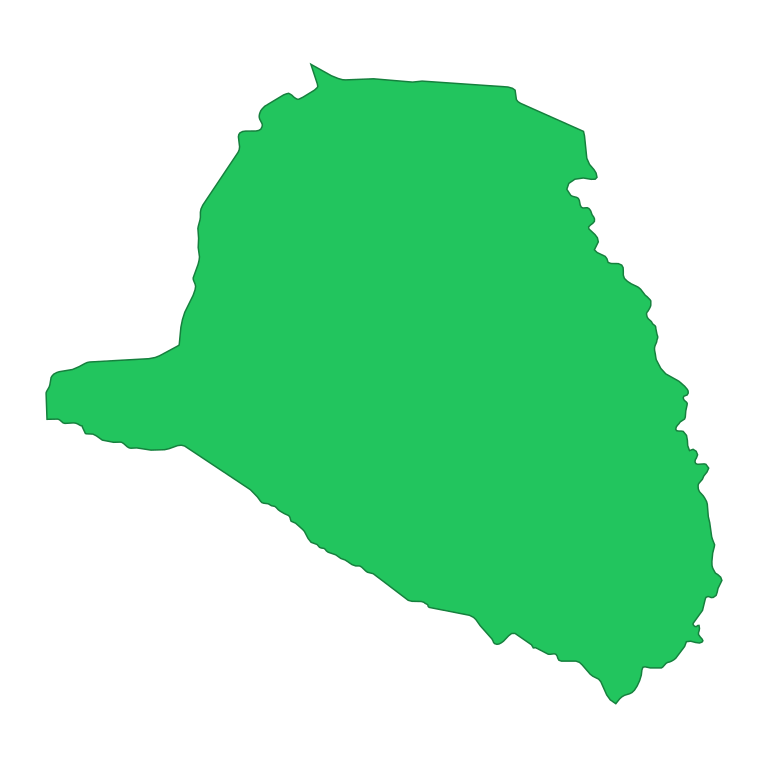 the border of Presidente Hayes
{"feature_id": "PRY-605", "entity_name": "Presidente Hayes", "entity_type": "Department", "adm_level": 1, "iso_a3": "PRY", "parent_name": "Paraguay", "parent_adm1": "", "projection": "mercator", "projection_center": [-58.464, -23.686], "detail": "fine", "context": "isolated", "style": "filled", "palette": "green", "viewbox_px": 768, "rotation_deg": 0, "n_neighbors": 0, "source": "natural_earth", "source_scale": "10m", "svg_char_len": 5054}
<svg xmlns="http://www.w3.org/2000/svg" viewBox="0 0 768 768"><path d="M64.9,423.4L63.1,422.9L59.4,419.7L57.7,419.1L47.0,419.3L46.1,393.7L46.2,392.4L46.8,391.1L49.2,386.9L49.9,384.6L51.1,377.5L52.2,375.8L53.8,374.1L56.8,372.5L59.3,371.7L72.5,369.5L79.0,366.7L84.7,363.6L87.2,362.5L89.7,362.0L148.8,358.7L155.2,357.5L159.5,355.8L177.7,346.0L179.1,345.0L179.2,344.9L180.9,327.2L182.5,319.4L184.8,312.2L193.1,295.4L195.1,289.7L195.6,286.3L195.1,284.1L193.6,280.5L193.2,279.1L193.2,277.8L198.1,264.3L199.1,260.2L199.5,256.9L198.2,247.5L198.6,238.4L197.9,228.4L198.3,226.2L200.0,219.9L200.4,217.3L200.4,212.2L201.0,209.0L202.8,205.1L238.1,152.3L239.2,149.8L239.6,146.8L239.5,146.0L238.4,136.8L238.8,134.6L239.9,132.9L242.6,131.5L245.5,131.1L256.0,131.0L258.8,130.4L260.8,129.2L262.1,126.6L262.3,125.1L262.1,123.8L259.7,119.1L259.3,117.6L259.2,116.1L259.5,114.1L259.9,112.9L260.8,110.7L262.4,108.6L264.8,106.2L283.6,94.9L286.2,93.9L288.6,93.3L290.5,94.3L292.0,95.3L293.7,97.0L295.1,98.0L296.6,98.9L297.8,99.3L298.8,99.2L303.1,97.1L314.5,90.1L317.2,87.6L317.8,86.5L317.3,83.8L310.9,64.3L331.3,75.7L338.2,78.5L342.5,79.7L345.5,79.9L373.6,78.8L412.6,82.1L422.1,81.1L507.9,87.0L512.5,88.3L515.1,90.2L516.4,99.6L517.9,101.6L520.5,103.3L583.5,131.4L584.5,135.9L586.8,158.3L589.5,164.4L594.1,169.8L596.1,173.1L597.0,177.3L595.2,179.2L591.2,179.3L583.3,178.0L574.9,179.2L568.8,183.4L566.8,189.3L570.8,195.4L572.5,196.3L576.7,197.4L578.3,198.4L579.3,200.3L580.2,205.0L581.3,207.2L583.0,208.0L587.2,207.7L588.9,208.5L590.2,210.1L590.8,211.1L592.0,214.6L593.8,217.2L594.5,219.0L594.4,221.4L592.8,223.3L590.4,225.1L588.6,226.9L588.9,228.9L595.0,234.6L597.4,237.8L598.3,241.9L594.4,249.8L597.1,252.5L605.2,256.4L606.9,258.7L608.1,262.4L611.0,263.5L618.3,263.6L621.7,265.1L623.1,267.6L623.3,270.9L623.3,275.1L624.4,278.4L627.4,281.3L631.0,283.7L637.9,287.0L639.1,287.9L640.7,289.3L645.2,295.2L647.1,296.7L650.1,299.8L650.8,300.9L650.8,305.2L650.5,306.4L649.5,308.5L648.0,311.1L646.9,312.4L646.5,313.8L647.0,316.6L648.1,318.6L651.4,321.6L652.6,323.8L655.1,325.8L655.7,326.9L655.8,328.4L657.0,334.4L657.7,336.4L657.7,337.9L657.0,339.8L656.6,342.1L655.0,345.8L654.5,348.0L654.6,350.4L655.4,354.6L655.7,356.8L656.2,359.6L660.8,368.4L665.8,373.9L679.0,381.3L684.6,386.2L687.3,389.4L688.1,391.0L688.2,393.1L687.1,395.0L683.9,396.2L683.2,397.8L683.8,399.7L685.2,401.1L686.5,402.2L687.2,403.3L687.1,404.9L685.8,410.8L685.3,417.0L684.6,419.0L680.4,421.8L679.7,422.5L679.1,423.5L677.7,425.0L676.3,426.9L675.7,429.3L676.7,430.7L678.9,431.1L681.4,431.1L683.2,431.4L686.5,435.4L687.4,440.4L687.7,445.6L689.5,450.6L693.1,449.3L696.2,451.3L697.6,454.8L696.4,458.0L695.3,459.8L695.0,461.9L695.8,463.6L697.6,464.3L704.2,463.9L705.9,464.3L708.7,468.1L707.0,472.0L703.8,476.0L702.4,479.3L699.1,483.1L698.4,484.2L698.2,485.0L698.1,486.2L698.3,488.8L698.9,490.5L699.7,492.0L703.2,495.8L704.6,497.9L706.6,501.6L707.3,504.2L708.3,516.6L709.7,522.6L711.7,536.8L712.6,539.7L714.6,544.8L714.3,546.7L712.7,553.1L711.9,561.4L712.0,565.4L712.7,568.1L714.0,570.6L715.4,573.1L717.8,574.6L720.7,577.2L721.9,580.4L718.0,588.4L717.2,592.2L716.1,595.4L713.3,597.4L711.2,597.6L709.6,596.9L708.0,596.5L705.9,597.4L705.3,598.9L702.5,610.4L693.1,623.4L693.1,624.6L694.6,626.4L696.3,626.6L697.8,625.5L699.0,625.4L699.5,628.5L699.1,630.8L698.5,632.6L698.5,634.5L700.1,636.8L702.2,639.2L702.9,640.8L702.0,642.1L699.5,643.0L695.6,642.5L690.7,641.2L686.4,641.7L684.6,646.5L675.7,658.3L673.8,659.8L671.6,661.1L669.5,662.0L667.7,662.4L666.1,663.3L662.7,667.1L661.4,667.9L655.4,667.9L650.2,667.9L645.0,666.8L642.9,667.3L641.9,670.0L641.3,675.1L639.6,680.7L637.2,685.9L634.5,690.1L632.0,692.5L629.7,693.7L624.5,695.3L621.8,696.9L619.7,698.8L615.8,703.7L610.3,699.9L606.7,694.9L600.8,681.7L598.6,679.1L592.9,676.3L590.2,674.2L582.1,664.8L579.5,662.4L575.9,661.1L561.4,661.1L558.9,660.2L557.8,658.2L557.1,655.9L555.8,654.2L554.1,653.8L550.0,654.3L548.2,654.2L535.6,647.7L533.3,647.9L531.5,644.8L515.0,633.4L511.6,633.5L508.6,635.8L503.5,641.2L501.3,642.8L499.0,644.0L496.9,644.3L494.6,643.6L493.6,642.5L493.0,640.9L491.9,638.9L480.2,625.7L475.9,619.6L473.6,617.4L469.5,615.3L429.2,607.4L428.2,606.5L427.8,604.9L426.6,604.0L425.2,603.4L423.9,602.3L421.3,601.5L412.0,601.3L408.2,600.3L373.2,573.7L367.4,572.2L365.6,570.9L361.9,567.3L360.2,566.2L359.1,565.9L355.6,565.9L352.0,564.6L345.2,560.0L340.9,558.5L335.7,554.8L328.1,552.2L326.3,550.8L325.3,549.4L324.0,548.4L321.2,548.0L319.5,547.3L317.1,544.5L311.1,542.3L308.1,538.5L304.4,531.4L302.7,529.5L295.6,523.2L291.1,521.2L290.5,519.6L290.1,517.8L289.4,516.4L288.3,515.4L284.3,513.6L280.2,511.2L278.2,509.7L276.2,507.5L274.8,506.4L271.4,505.7L268.3,503.8L263.7,503.2L261.9,502.6L260.6,501.3L257.4,496.9L250.4,489.7L184.6,446.0L181.3,445.2L177.6,445.6L169.0,448.7L164.6,449.7L151.0,450.1L136.7,447.9L130.9,448.2L129.2,447.9L127.3,446.8L123.7,443.6L121.7,442.3L120.1,442.1L113.6,442.3L102.3,440.1L96.3,435.8L92.9,434.1L86.4,433.8L85.4,433.5L82.4,427.1L82.2,426.0L80.6,425.6L77.4,423.8L75.4,423.1L73.3,422.9L64.9,423.4Z" fill="#22c55e" stroke="#15803d" stroke-width="1.5"/></svg>